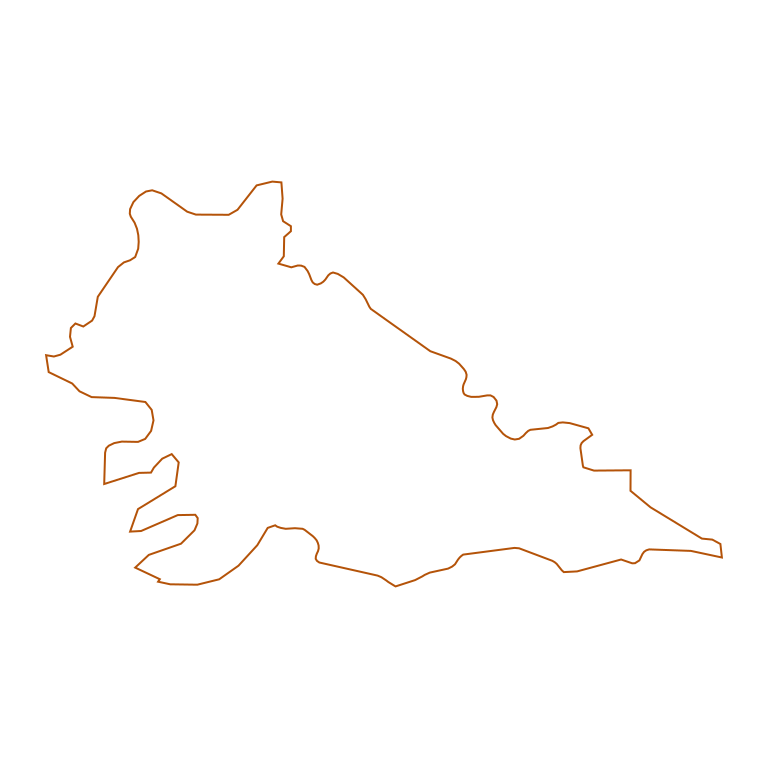 map outline of Mantova (Equal Earth projection)
{"feature_id": "ITA-5446", "entity_name": "Mantova", "entity_type": "Province", "adm_level": 1, "iso_a3": "ITA", "parent_name": "Italy", "parent_adm1": "", "projection": "equal_earth", "projection_center": [10.802, 45.169], "detail": "fine", "context": "isolated", "style": "outline", "palette": "amber", "viewbox_px": 768, "rotation_deg": 0, "n_neighbors": 0, "source": "natural_earth", "source_scale": "10m", "svg_char_len": 2800}
<svg xmlns="http://www.w3.org/2000/svg" viewBox="0 0 768 768"><path d="M138.0,441.9L145.2,438.9L151.1,430.9L153.5,420.4L151.7,409.9L145.4,402.0L114.4,397.9L91.6,397.1L79.5,391.3L72.2,383.5L48.7,372.1L46.1,355.2L53.9,356.5L60.4,354.7L72.7,346.7L70.0,336.8L70.9,328.0L75.4,323.5L83.3,326.5L92.1,320.6L94.5,316.2L97.8,296.8L118.0,267.1L123.9,262.4L130.0,260.3L135.2,257.0L138.2,248.7L138.7,241.9L138.3,235.2L137.0,228.8L134.6,222.7L130.8,216.7L129.8,213.7L130.1,209.1L133.4,202.1L139.2,195.9L146.0,191.5L152.2,190.3L161.4,193.4L187.2,211.7L195.9,214.6L228.7,214.8L237.5,209.8L256.6,185.4L272.3,181.6L281.4,182.4L282.6,198.7L281.2,214.4L283.1,221.2L290.9,226.2L290.9,231.2L284.2,237.1L283.8,256.3L278.4,263.6L291.3,267.3L297.8,265.5L301.1,265.6L304.5,266.9L307.6,271.0L309.2,274.2L311.4,280.0L312.7,282.4L314.7,284.0L317.2,284.7L320.8,283.4L323.3,281.7L325.3,279.6L328.3,275.3L330.4,273.5L333.0,272.5L337.8,273.9L343.7,277.4L362.9,294.8L365.7,299.3L369.3,306.7L370.8,308.9L430.3,351.2L450.9,358.6L455.6,361.0L459.1,363.7L463.9,369.1L465.7,371.8L466.6,374.8L466.4,377.2L465.9,379.2L463.6,384.4L463.1,386.2L462.8,388.8L463.1,391.2L463.6,393.0L464.6,394.5L467.3,395.9L471.3,396.9L478.8,396.8L487.2,395.4L490.5,395.4L493.6,397.0L496.5,400.7L497.2,404.2L496.4,407.1L493.9,412.0L492.8,414.6L492.4,417.5L493.0,420.2L494.2,422.8L495.6,425.1L503.1,433.8L506.0,436.1L510.8,438.6L514.8,439.5L519.1,438.8L523.4,435.8L525.9,433.0L528.2,430.9L530.4,429.8L548.0,428.0L552.6,426.4L556.0,424.6L558.3,422.9L562.8,422.4L569.7,423.1L588.4,428.3L592.2,434.8L583.4,441.2L581.6,443.1L580.6,445.4L580.4,448.1L582.9,465.8L583.4,467.3L594.0,470.6L630.6,470.3L630.5,490.8L650.5,507.3L701.9,538.6L712.3,539.6L720.4,544.0L721.9,557.5L690.9,550.9L649.2,549.4L646.3,550.3L644.1,551.8L642.4,554.1L639.4,560.4L635.0,563.2L632.2,563.3L621.1,559.5L577.1,571.4L563.8,572.1L561.8,570.3L556.7,563.9L554.7,562.2L552.3,560.8L519.1,548.3L514.5,547.9L463.2,554.6L461.4,555.9L459.7,557.5L458.0,559.6L455.0,564.3L452.1,566.6L448.1,568.6L429.8,572.6L424.7,574.9L422.3,576.4L415.1,580.1L395.6,586.4L394.8,586.0L388.3,582.0L386.2,580.4L381.4,577.2L377.6,575.6L319.3,562.5L317.0,560.9L315.7,558.8L315.9,556.3L316.8,553.7L318.0,551.2L318.7,548.5L318.6,545.5L317.8,542.8L316.6,540.3L314.8,538.1L313.0,536.3L304.6,529.8L302.6,528.8L294.9,528.2L285.7,528.8L280.8,527.9L277.2,526.7L275.2,525.3L267.7,527.9L257.3,545.2L238.5,565.7L219.2,579.3L197.3,584.7L170.2,584.3L159.5,582.0L158.1,581.7L159.8,579.2L135.2,567.6L148.8,554.9L181.0,543.7L194.5,530.3L197.4,523.5L197.7,518.1L195.3,514.8L177.7,515.1L141.1,531.0L130.1,531.6L138.0,509.1L175.4,486.2L178.7,462.4L171.7,454.1L162.2,458.7L153.9,467.6L151.0,472.6L139.0,472.9L104.2,484.0L105.1,452.7L106.2,448.3L108.8,445.7L114.2,443.1L121.8,441.6L138.0,441.9Z" fill="none" stroke="#b45309" stroke-width="2"/></svg>